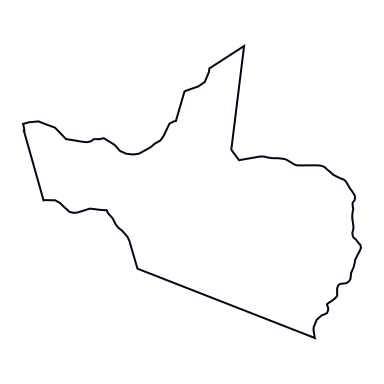 outline of Tete Morne/Morne Andrew, Vieux Fort, Saint Lucia
{"feature_id": "8701671B63558668022840", "entity_name": "Tete Morne/Morne Andrew", "entity_type": "district", "adm_level": 2, "iso_a3": "LCA", "parent_name": "Saint Lucia", "parent_adm1": "Vieux Fort", "projection": "orthographic", "projection_center": [-60.952, 13.772], "detail": "fine", "context": "isolated", "style": "outline", "palette": "ink", "viewbox_px": 384, "rotation_deg": 0, "n_neighbors": 0, "source": "geoboundaries", "source_scale": "gbopen_adm2", "svg_char_len": 2270}
<svg xmlns="http://www.w3.org/2000/svg" viewBox="0 0 384 384"><path d="M43.5,200.3L44.0,200.1L55.2,200.3L59.7,202.8L60.0,202.9L63.2,206.2L69.6,211.9L73.8,212.9L77.9,212.4L88.4,209.1L90.0,208.6L97.3,209.5L99.5,209.8L106.8,210.3L107.9,213.1L109.1,214.4L112.8,218.5L113.7,220.4L115.7,224.4L118.1,227.5L121.3,230.1L122.2,230.8L123.6,232.4L127.4,236.7L129.3,240.7L137.5,268.7L206.1,295.5L314.8,338.0L314.7,337.7L313.5,330.0L313.7,327.1L316.7,319.8L321.6,315.4L325.5,313.9L327.0,313.0L328.2,310.0L328.1,307.6L327.0,304.9L327.3,303.9L329.0,302.6L332.0,300.8L335.4,298.0L337.2,295.8L337.1,292.8L337.2,288.0L338.3,285.2L340.3,283.9L346.4,283.2L349.1,281.2L350.5,278.9L351.1,273.0L353.8,266.7L354.8,262.3L355.0,260.4L355.9,258.2L359.0,252.3L361.0,248.0L360.4,244.9L359.0,243.6L355.7,239.3L353.6,237.7L352.7,235.5L352.3,233.0L353.2,229.8L353.5,227.2L352.9,222.3L352.3,218.9L352.3,214.6L352.7,211.4L353.3,209.1L352.6,205.7L352.6,204.5L352.7,202.6L354.7,200.0L355.0,198.2L354.7,195.4L351.8,190.8L350.3,189.0L348.6,186.1L346.0,181.6L344.8,180.4L344.1,179.8L343.8,179.7L340.0,178.1L337.3,176.9L335.4,175.9L333.7,175.0L332.3,174.0L331.0,172.7L329.9,171.7L328.1,170.3L326.9,169.3L325.6,168.0L324.6,167.1L323.9,166.7L322.9,166.3L320.2,165.6L316.7,165.3L313.3,165.3L306.9,165.3L304.4,165.4L298.4,165.4L296.9,165.3L295.4,164.9L294.1,164.3L292.6,163.4L290.6,162.2L288.3,160.8L286.4,159.7L284.8,159.1L282.3,158.7L278.1,158.2L275.4,158.2L273.5,158.2L271.6,158.1L269.2,157.7L267.4,157.4L265.7,157.0L263.9,156.5L262.3,156.5L261.0,156.5L260.2,156.5L239.0,160.2L231.3,149.7L244.1,46.0L209.4,68.4L209.2,69.9L209.0,71.9L204.7,82.1L201.7,84.1L198.2,86.5L189.2,89.6L186.7,90.5L184.5,91.4L182.2,99.3L175.9,121.0L174.4,121.3L173.8,121.4L173.4,121.6L169.5,123.6L166.7,129.4L163.9,135.5L160.5,140.4L154.4,143.9L151.0,147.0L146.2,149.7L139.0,153.7L133.0,154.5L126.1,153.7L125.3,153.3L120.1,151.0L114.5,144.8L103.8,138.2L100.3,139.0L99.9,139.1L93.9,139.1L90.9,141.3L90.1,141.5L87.1,142.2L81.9,141.7L72.0,140.0L67.2,139.3L66.0,139.1L62.6,135.5L54.9,127.6L51.6,126.4L45.4,124.1L41.5,122.6L38.5,121.4L28.7,122.3L26.1,123.1L23.0,123.9L23.4,125.1L23.6,126.1L23.7,126.7L23.9,127.5L24.2,129.2L24.3,129.5L24.4,130.6L24.3,131.3L24.0,131.2L40.1,188.1L43.5,200.3Z" fill="none" stroke="#020617" stroke-width="2"/></svg>